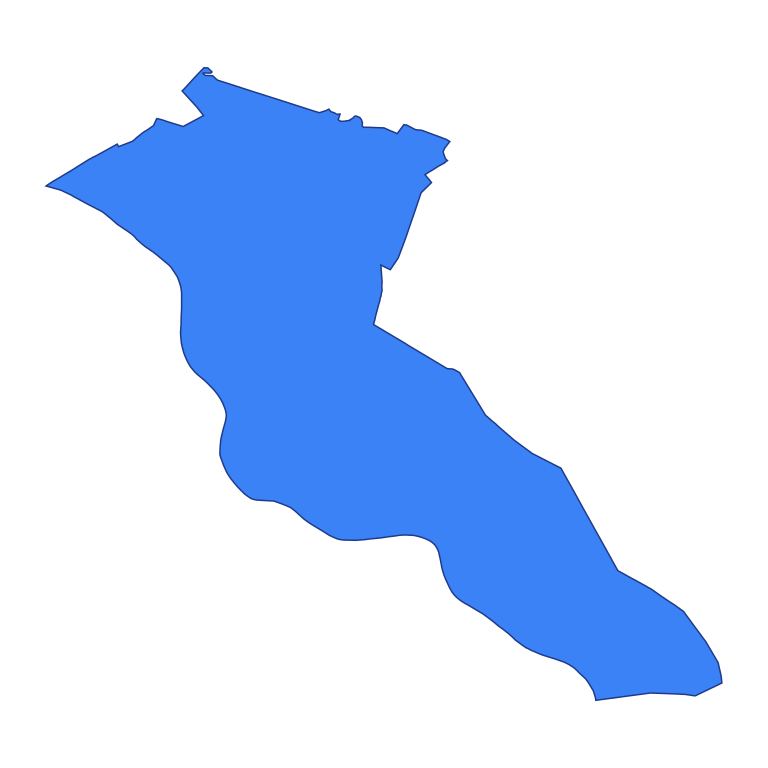 Bergen (L), Limburg, Netherlands
{"feature_id": "6326949B45872879397854", "entity_name": "Bergen (L)", "entity_type": "district", "adm_level": 2, "iso_a3": "NLD", "parent_name": "Netherlands", "parent_adm1": "Limburg", "projection": "natural_earth1", "projection_center": [6.089, 51.59], "detail": "fine", "context": "isolated", "style": "filled", "palette": "blue", "viewbox_px": 768, "rotation_deg": 0, "n_neighbors": 0, "source": "geoboundaries", "source_scale": "gbopen_adm2", "svg_char_len": 5987}
<svg xmlns="http://www.w3.org/2000/svg" viewBox="0 0 768 768"><path d="M595.8,700.3L650.5,693.0L658.1,693.3L664.6,693.5L677.7,694.0L680.8,694.2L685.2,694.4L685.7,694.5L690.2,695.1L693.8,695.7L695.3,695.8L709.6,688.9L721.9,683.0L721.1,675.8L718.1,662.6L705.8,641.7L692.7,624.0L683.5,611.4L680.8,609.5L674.3,604.8L668.1,600.8L663.6,597.7L663.3,597.6L651.4,589.2L639.6,582.6L634.9,580.0L632.0,578.5L617.8,570.6L602.7,543.3L593.9,527.6L593.7,527.2L583.5,508.9L583.4,508.7L581.5,505.2L573.4,490.5L565.0,475.5L561.0,468.2L550.6,462.9L532.3,453.5L522.7,446.5L514.6,440.5L504.4,431.7L498.5,426.6L495.8,424.0L491.8,420.7L485.4,415.1L479.5,405.3L472.5,393.9L459.5,372.5L454.8,369.9L453.2,369.2L452.5,369.0L448.0,368.7L446.9,368.5L418.7,351.6L408.6,345.6L405.7,343.7L393.6,336.5L390.8,334.8L387.2,332.7L377.0,326.6L373.7,324.6L373.6,324.3L373.6,324.1L374.6,320.7L375.2,318.1L375.5,316.6L375.9,314.9L379.0,303.4L379.7,301.0L380.0,299.9L380.0,298.8L380.7,297.0L381.0,296.0L381.4,293.3L382.1,290.5L381.8,286.6L381.9,285.0L382.1,281.9L381.3,271.3L380.9,265.0L382.5,265.9L390.3,269.7L398.2,258.0L402.5,246.6L402.7,246.0L402.8,245.8L406.0,237.1L412.3,218.6L412.5,218.2L415.5,209.4L418.0,202.0L418.4,200.8L421.1,192.8L431.5,182.6L431.0,181.9L428.4,178.7L425.0,174.7L429.1,172.0L432.2,170.2L438.5,166.2L444.8,162.7L444.6,162.4L447.2,160.7L447.4,160.6L446.3,159.5L445.5,158.6L445.3,158.2L443.5,153.3L443.2,151.9L443.2,151.5L443.3,151.2L443.7,150.4L444.6,148.4L445.0,147.7L446.9,145.3L449.8,141.5L446.3,139.4L422.1,130.4L420.3,130.1L416.7,129.8L415.9,129.7L415.4,129.5L414.9,129.4L410.6,127.1L406.3,124.9L405.4,125.0L403.9,124.6L400.7,129.0L397.7,132.9L397.2,133.6L393.1,131.8L391.0,131.0L384.0,127.9L368.5,127.3L366.7,127.3L364.8,127.3L364.0,127.3L363.6,127.3L363.5,127.2L362.0,125.8L362.4,123.9L362.4,122.3L362.1,121.6L361.8,121.2L361.6,120.0L359.8,117.5L356.3,116.1L355.1,116.1L354.4,116.4L353.2,117.8L351.5,119.0L351.0,119.1L350.2,119.6L350.2,120.0L349.9,120.5L349.1,120.3L348.6,120.5L347.4,120.7L345.4,121.0L344.9,121.1L343.5,121.3L341.5,121.3L339.8,120.9L339.1,120.4L338.2,119.6L340.1,114.1L339.7,114.0L339.1,114.0L337.8,114.3L337.2,114.3L336.6,114.2L335.2,113.3L334.3,112.8L331.3,111.8L330.7,111.5L330.3,111.1L328.9,109.1L327.6,109.8L326.3,110.5L319.4,112.7L317.4,112.1L314.1,111.1L309.7,109.7L303.5,107.7L265.7,95.6L260.7,94.0L254.0,91.9L245.7,89.2L217.4,80.1L212.6,75.7L205.2,75.4L202.9,73.5L203.6,72.9L210.7,73.1L211.1,72.8L211.2,72.7L211.8,72.4L211.8,71.4L211.2,71.1L207.8,67.9L204.1,67.8L204.0,67.7L200.7,71.1L194.9,77.2L193.6,78.6L184.8,88.2L183.9,89.2L182.1,90.9L185.1,94.2L195.1,105.2L197.1,107.3L197.2,107.5L197.8,108.3L199.9,111.0L203.5,115.6L183.2,126.5L167.9,121.8L161.7,119.7L157.6,118.7L156.7,118.6L153.5,125.6L149.8,128.2L147.6,129.7L146.5,130.5L144.7,131.4L142.3,133.1L136.4,137.8L134.7,139.5L132.6,141.1L132.4,141.3L130.1,142.2L118.6,146.6L117.2,144.1L112.5,146.7L111.4,147.3L105.9,150.4L94.7,156.5L94.0,156.7L88.5,159.7L77.3,166.7L70.2,171.2L66.7,173.2L60.3,177.1L53.0,181.4L52.0,182.0L51.8,182.1L47.9,184.7L46.1,186.0L53.9,188.2L57.5,189.2L58.6,189.5L61.0,190.3L61.8,190.6L66.8,193.0L69.1,194.1L70.3,194.6L71.5,195.3L72.3,195.7L73.5,196.5L88.3,204.5L101.5,211.3L102.4,211.8L103.7,212.8L105.2,214.0L110.8,218.6L117.3,224.3L123.7,228.6L125.6,229.9L126.7,230.6L128.3,231.7L131.3,233.9L133.4,235.6L134.1,236.3L134.7,236.9L136.6,239.2L140.6,242.8L143.8,245.5L145.7,247.0L151.6,251.0L153.6,252.4L156.2,254.4L157.4,255.4L164.0,260.9L166.9,263.3L169.3,265.4L170.0,266.1L171.7,268.2L175.6,274.1L177.3,276.8L177.5,277.1L177.6,277.5L178.7,280.3L179.6,283.0L180.9,287.1L181.0,288.3L181.5,291.9L181.6,293.5L181.6,296.9L181.6,299.9L181.6,307.2L181.5,311.1L181.3,314.5L181.1,319.0L181.1,321.2L181.1,325.0L180.8,327.7L180.7,330.5L180.5,331.8L180.6,334.1L180.8,337.3L181.4,343.2L182.5,348.2L183.9,353.1L185.7,357.7L187.8,362.2L190.5,366.8L191.8,368.4L194.9,372.1L197.9,374.9L204.3,380.2L206.2,382.0L208.0,383.7L210.2,386.0L211.6,387.4L213.4,389.3L214.3,390.3L215.1,391.3L216.8,393.5L218.8,396.2L219.4,397.3L220.2,398.4L221.1,400.0L221.7,401.2L222.6,402.8L223.1,404.0L223.9,406.0L225.0,408.7L225.6,410.9L226.1,413.2L226.3,415.9L225.7,420.1L224.9,423.4L223.2,429.3L221.8,435.1L221.1,438.0L220.7,440.6L220.2,446.0L220.0,449.9L220.0,451.1L219.9,453.0L219.9,454.1L220.0,455.0L220.2,455.8L220.8,457.8L222.0,460.9L223.3,464.7L224.9,468.3L226.1,470.9L227.2,473.2L227.4,473.4L228.9,475.9L231.0,478.9L232.8,481.1L235.0,483.9L237.7,487.0L240.7,490.1L244.8,494.2L248.5,496.8L250.3,498.0L250.7,498.3L251.5,498.7L252.1,498.9L253.6,499.4L255.3,499.8L256.5,500.0L258.1,500.1L259.0,500.2L265.6,500.6L274.0,501.0L274.3,501.2L280.8,503.5L284.7,505.0L290.1,507.3L291.0,507.8L295.6,511.5L303.6,518.8L307.1,521.4L309.9,523.3L312.2,524.8L320.2,529.6L320.5,529.8L324.4,532.2L328.6,534.9L329.1,535.2L331.6,536.4L333.8,537.4L337.4,538.9L337.8,539.0L339.0,539.3L339.9,539.5L341.0,539.7L342.0,539.8L343.1,540.0L355.3,540.3L356.4,540.3L357.1,540.2L364.1,539.7L366.6,539.4L368.3,539.1L374.6,538.5L381.5,537.8L388.1,536.8L390.8,536.5L394.6,536.0L395.7,535.9L398.5,535.4L401.5,535.1L406.1,535.0L413.9,535.4L418.3,536.4L422.0,537.5L424.6,538.4L426.7,539.3L429.8,540.8L431.3,541.8L432.2,542.5L433.4,543.5L435.0,545.1L436.3,547.0L437.6,549.5L437.8,549.8L438.4,551.4L438.7,552.0L439.6,556.5L440.0,557.8L440.3,559.3L440.7,561.5L441.8,567.4L442.0,568.1L442.2,569.2L443.9,574.8L445.3,578.4L446.6,581.3L449.0,586.5L449.7,587.9L451.9,591.9L454.4,595.1L454.5,595.3L457.5,598.1L457.8,598.3L459.6,599.8L460.4,600.4L461.6,601.3L465.0,603.4L468.0,605.0L482.9,613.9L487.3,617.1L493.7,622.0L498.5,626.0L502.0,628.5L508.4,633.5L512.4,637.1L515.3,640.0L520.2,643.6L521.9,644.9L523.5,646.0L525.8,647.6L528.4,648.8L532.0,650.7L534.3,651.6L538.9,653.6L542.7,655.1L546.9,656.4L554.6,658.8L563.2,661.8L564.9,662.5L568.9,664.5L570.3,665.4L571.8,666.3L574.3,668.1L575.4,669.1L577.1,670.7L577.5,671.1L578.9,672.6L579.2,672.9L585.7,678.9L588.5,682.8L593.4,691.0L595.3,697.2L595.7,699.2L595.8,700.3Z" fill="#3b82f6" stroke="#1e3a8a" stroke-width="1.5"/></svg>